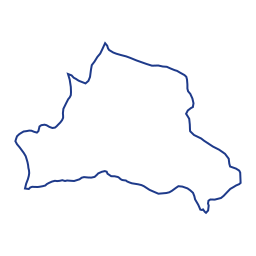 outline of Sri Aman, Sarawak, Malaysia
{"feature_id": "92858781B67044495158935", "entity_name": "Sri Aman", "entity_type": "district", "adm_level": 2, "iso_a3": "MYS", "parent_name": "Malaysia", "parent_adm1": "Sarawak", "projection": "mercator", "projection_center": [111.279, 1.22], "detail": "fine", "context": "isolated", "style": "outline", "palette": "blue", "viewbox_px": 256, "rotation_deg": 0, "n_neighbors": 0, "source": "geoboundaries", "source_scale": "gbopen_adm2", "svg_char_len": 2365}
<svg xmlns="http://www.w3.org/2000/svg" viewBox="0 0 256 256"><path d="M25.0,188.5L28.8,189.0L30.2,187.5L32.2,186.8L34.1,186.9L37.5,187.0L39.4,186.8L42.7,186.2L45.3,185.5L46.8,184.1L48.8,183.0L51.9,181.6L54.9,180.8L57.2,181.1L59.8,180.8L62.3,180.2L65.0,181.0L67.1,180.5L71.0,180.8L74.1,181.0L79.5,179.3L81.7,177.7L84.0,177.1L88.1,177.5L91.3,177.6L94.6,176.9L97.1,174.6L98.2,173.4L101.8,171.8L104.8,171.1L106.7,171.7L107.5,173.7L111.2,176.2L114.7,176.3L117.9,177.0L119.3,177.9L120.5,179.1L122.2,180.0L124.2,180.3L125.9,180.5L127.2,181.5L129.6,182.5L131.9,183.3L138.2,184.3L141.5,185.1L143.9,186.2L149.6,189.9L153.5,191.6L158.4,193.7L162.0,193.4L166.4,193.0L169.3,192.3L171.8,190.9L175.9,187.9L178.4,186.2L182.4,186.6L187.5,188.4L190.2,190.3L193.0,192.8L194.3,196.1L195.1,199.4L198.2,204.7L199.4,207.4L200.3,209.6L202.0,210.0L203.0,209.4L203.6,210.2L204.8,211.8L206.0,212.8L208.1,210.5L208.7,205.6L208.0,203.5L208.5,200.7L210.3,199.5L214.8,199.6L221.0,198.0L223.7,195.8L227.2,192.1L230.3,188.9L233.6,187.0L236.2,185.4L239.3,184.1L240.3,183.1L240.6,182.9L240.2,172.6L239.2,170.6L236.0,168.6L230.1,166.5L229.3,163.7L228.7,158.7L225.0,153.8L219.1,149.7L213.0,146.6L204.0,140.7L201.2,138.5L194.0,135.0L190.2,131.3L190.0,130.0L189.8,124.5L189.2,118.8L187.4,115.8L186.1,113.8L187.8,110.5L190.9,108.1L192.9,107.0L193.0,106.2L193.5,103.3L192.4,98.5L190.3,93.9L188.1,91.3L187.4,88.6L187.4,84.5L187.0,79.5L186.3,76.8L184.5,75.1L179.8,72.5L177.1,70.9L174.5,70.1L170.1,68.3L166.8,66.8L162.7,66.5L158.3,65.5L152.0,65.7L146.3,63.9L136.4,60.4L130.3,57.9L126.2,56.4L120.8,55.0L116.3,53.7L113.2,52.5L109.1,50.0L108.0,48.3L107.2,45.7L105.1,43.2L102.2,49.5L100.2,53.6L97.4,56.9L94.5,61.6L91.8,65.1L91.0,69.5L90.0,77.0L88.4,80.9L85.5,83.4L79.1,80.9L77.7,80.1L76.1,79.0L73.7,77.7L71.6,75.4L68.0,74.0L69.7,79.7L70.8,86.9L71.0,92.1L70.8,95.2L69.7,97.4L68.2,99.2L66.2,103.1L63.4,108.8L62.9,113.2L63.1,115.8L63.1,117.8L62.1,120.1L60.3,122.5L58.1,124.7L56.6,126.3L55.0,127.6L52.4,128.0L49.4,126.9L46.5,125.2L44.5,124.7L41.3,125.2L39.5,126.5L38.9,129.1L38.4,131.1L36.9,132.6L34.1,131.8L31.4,130.7L29.2,130.6L26.6,131.1L23.6,131.5L21.4,132.8L19.2,134.2L17.0,136.3L16.1,138.8L15.4,141.2L17.0,144.2L19.6,147.3L23.8,153.0L25.7,156.2L26.6,159.1L27.5,162.2L28.1,165.2L28.4,167.9L29.0,170.5L29.2,173.1L28.8,175.9L27.9,179.2L26.2,183.6L25.0,188.5Z" fill="none" stroke="#1e3a8a" stroke-width="2"/></svg>